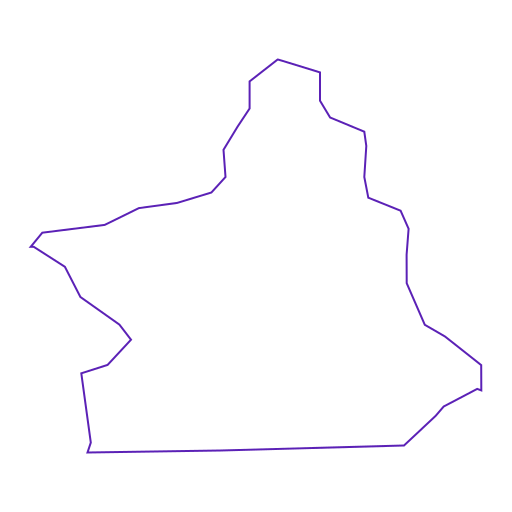 Lerum, Västra Götaland, Sweden (Equal Earth projection)
{"feature_id": "70781695B46333437136536", "entity_name": "Lerum", "entity_type": "district", "adm_level": 2, "iso_a3": "SWE", "parent_name": "Sweden", "parent_adm1": "Västra Götaland", "projection": "equal_earth", "projection_center": [12.359, 57.865], "detail": "fine", "context": "isolated", "style": "outline", "palette": "violet", "viewbox_px": 512, "rotation_deg": 0, "n_neighbors": 0, "source": "geoboundaries", "source_scale": "gbopen_adm2", "svg_char_len": 653}
<svg xmlns="http://www.w3.org/2000/svg" viewBox="0 0 512 512"><path d="M87.5,452.5L220.6,450.5L403.9,445.5L404.0,445.5L435.7,415.8L443.7,406.5L477.2,388.9L481.3,390.4L481.2,365.1L445.0,336.5L424.8,324.8L406.7,283.2L406.6,254.7L408.6,228.8L400.6,210.7L368.3,197.7L364.3,177.0L366.3,146.0L364.3,131.7L330.1,117.5L320.0,100.7L320.0,72.4L282.3,60.8L277.8,59.5L277.0,60.0L249.6,81.4L249.6,108.5L237.6,126.6L223.5,149.8L225.5,177.0L211.4,192.5L177.2,202.9L138.9,208.1L104.7,224.9L42.3,232.7L30.7,246.8L33.7,246.8L64.9,266.8L80.4,297.0L119.4,324.6L131.0,339.7L107.6,364.9L81.3,373.3L90.8,442.6L87.5,452.5Z" fill="none" stroke="#5b21b6" stroke-width="2"/></svg>